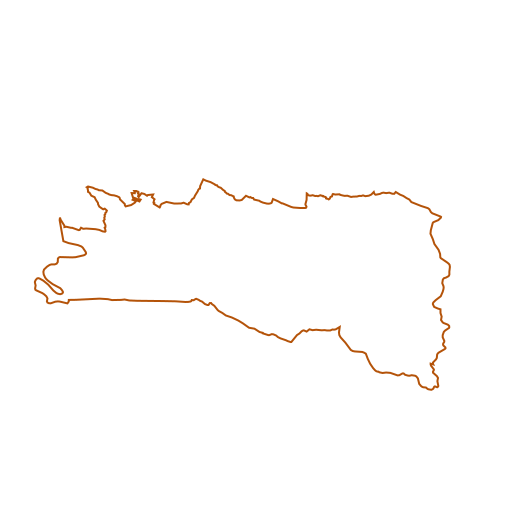 outline of Chaloem Phra Kiat, Saraburi, Thailand, rotated 104°
{"feature_id": "78962969B71448871190318", "entity_name": "Chaloem Phra Kiat", "entity_type": "district", "adm_level": 2, "iso_a3": "THA", "parent_name": "Thailand", "parent_adm1": "Saraburi", "projection": "equal_earth", "projection_center": [100.901, 14.65], "detail": "fine", "context": "isolated", "style": "outline", "palette": "amber", "viewbox_px": 512, "rotation_deg": 104, "n_neighbors": 0, "source": "geoboundaries", "source_scale": "gbopen_adm2", "svg_char_len": 6054}
<svg xmlns="http://www.w3.org/2000/svg" viewBox="0 0 512 512"><g transform="rotate(104 256 256)"><path d="M347.7,435.6L347.6,427.5L345.5,426.7L343.9,427.0L342.1,420.2L335.2,397.4L333.7,389.2L333.6,385.1L331.2,376.2L330.0,373.0L329.8,368.2L328.2,360.4L322.4,336.1L319.4,323.0L317.7,313.4L317.0,310.8L316.0,308.5L315.4,307.9L314.3,307.7L314.0,305.8L312.3,304.2L312.0,303.7L312.4,301.0L313.0,299.5L313.3,297.3L315.0,293.9L315.3,291.3L315.0,290.2L312.9,289.5L312.5,288.2L313.3,287.2L314.4,284.4L317.8,280.0L318.4,278.7L319.4,274.9L321.0,270.9L321.5,264.6L322.9,257.6L324.5,252.5L327.3,245.4L326.9,239.9L328.9,234.1L328.9,230.9L329.4,230.8L329.8,224.8L329.6,224.0L328.0,221.8L327.8,220.2L328.3,217.2L329.4,215.1L330.0,212.3L330.5,206.6L330.9,204.7L331.1,201.5L330.9,200.9L322.8,197.1L320.7,195.1L318.0,193.5L316.8,192.2L316.6,191.5L317.1,188.6L314.2,186.4L314.3,183.2L313.0,179.8L312.2,174.3L311.3,171.5L311.1,169.2L310.3,166.0L308.8,164.0L308.6,162.5L307.9,160.9L304.6,157.6L310.1,157.0L312.6,156.0L314.5,154.2L318.4,148.4L324.2,141.3L324.8,139.2L324.7,137.1L323.4,129.7L323.6,127.9L324.2,125.8L328.7,122.7L332.9,119.2L336.4,115.3L338.1,112.8L338.7,111.4L338.8,110.1L338.6,109.1L339.0,108.2L338.9,104.9L337.6,101.6L336.9,97.4L337.6,89.7L337.0,88.1L334.7,85.7L334.3,85.0L334.3,84.2L335.2,82.6L335.3,79.4L335.0,78.0L334.0,76.1L333.7,72.7L334.0,71.4L335.6,69.3L340.6,66.7L342.3,64.3L342.8,63.0L342.9,61.9L342.5,59.3L343.5,57.3L343.6,56.4L343.4,53.5L342.4,52.3L341.6,51.8L340.2,51.6L339.4,51.2L339.2,50.1L339.5,49.4L339.5,48.4L338.6,47.7L337.9,47.7L333.6,49.7L330.3,49.9L328.8,51.4L326.4,56.0L325.5,56.3L323.4,55.8L322.8,56.2L320.1,59.6L319.0,60.3L318.2,60.5L318.3,57.8L317.8,58.2L316.5,58.5L312.7,56.3L311.2,55.9L307.8,56.4L306.7,56.1L305.6,55.4L300.5,50.2L299.8,49.8L298.9,50.1L297.5,52.5L296.9,53.0L295.6,53.2L294.0,52.6L292.9,52.7L289.7,55.2L287.6,55.7L284.2,55.4L282.6,54.5L279.1,51.3L278.4,51.2L277.1,51.7L276.6,52.5L276.2,53.3L275.6,58.0L275.0,59.1L273.3,61.0L269.9,61.2L266.7,63.2L263.1,64.1L263.0,66.8L262.3,70.8L260.0,72.7L259.1,72.9L258.0,72.6L255.4,71.0L250.4,67.0L245.6,66.2L242.8,66.1L241.1,66.3L239.9,66.8L237.3,68.7L233.6,69.0L232.0,68.2L231.1,66.6L229.3,64.6L228.4,64.0L227.1,63.9L224.5,64.6L219.7,65.2L217.8,66.0L216.9,67.1L216.0,69.0L213.4,76.1L212.8,76.8L209.4,77.9L205.8,80.4L201.2,85.8L197.0,88.4L192.2,92.1L188.7,92.6L181.3,92.5L180.5,92.2L179.7,91.3L177.1,87.8L174.1,85.9L173.3,85.9L173.1,86.3L171.9,95.3L171.0,97.0L168.7,99.1L168.0,100.8L167.5,108.0L166.1,118.3L164.1,120.9L163.4,123.9L162.1,127.6L161.6,131.1L160.1,135.9L162.2,136.9L162.6,138.9L162.3,142.0L163.5,144.9L163.7,147.7L164.4,149.1L165.8,150.8L167.6,154.7L167.4,155.5L166.6,156.5L165.4,157.2L168.5,159.0L170.2,161.1L171.5,164.4L171.3,166.8L172.3,168.4L172.7,170.4L173.8,172.3L174.9,176.1L175.7,178.0L175.4,181.9L176.2,184.5L176.3,186.3L176.3,189.2L175.9,189.8L177.2,194.0L177.2,196.3L177.6,196.6L179.8,196.7L180.6,198.0L182.5,198.3L183.5,199.1L183.1,200.4L183.3,201.5L183.2,202.0L182.2,202.3L181.9,202.8L182.0,204.4L181.5,205.1L181.9,205.8L181.5,206.4L181.7,207.3L181.4,207.9L181.5,208.3L183.0,210.3L183.0,211.7L183.5,213.1L183.3,215.7L184.2,217.5L184.4,218.7L184.4,220.1L183.2,221.2L183.0,221.9L189.3,220.5L193.7,220.6L194.3,220.4L195.8,219.0L196.8,219.0L197.2,219.2L197.5,219.9L198.7,224.5L199.9,231.4L199.9,233.6L198.5,243.0L198.7,243.7L197.6,247.7L196.6,253.3L200.5,253.7L201.1,254.2L201.8,255.4L202.2,256.5L202.5,258.1L202.5,262.2L202.1,265.0L201.6,266.1L201.7,271.5L200.4,272.8L200.7,274.0L200.2,275.8L200.7,276.2L200.7,276.8L200.0,280.3L205.1,283.4L206.1,285.4L206.7,288.5L206.3,289.9L205.8,290.6L204.4,291.8L203.6,292.0L203.0,295.1L203.3,296.4L202.4,298.2L202.5,299.4L201.9,300.2L201.3,301.6L200.5,302.0L199.8,304.0L198.3,306.7L198.2,308.4L197.7,310.1L196.8,310.9L197.0,312.6L196.5,313.2L195.3,317.9L195.0,322.8L194.4,325.7L201.7,327.1L204.0,326.7L204.2,327.2L205.7,328.0L207.3,328.2L212.2,329.8L214.6,330.2L216.6,331.9L219.6,332.6L220.8,333.9L222.2,333.8L222.5,335.1L221.8,339.1L223.2,341.5L224.9,348.2L225.2,356.0L228.3,360.2L230.0,361.0L231.4,360.9L232.2,361.2L230.2,367.6L229.2,367.5L229.0,368.4L226.2,368.4L225.5,368.2L224.1,371.3L221.2,370.7L223.0,375.7L223.9,376.3L222.8,379.4L222.8,382.3L227.2,384.1L226.5,384.9L225.0,384.7L223.8,385.0L223.8,385.6L222.4,385.5L222.0,386.4L222.3,387.0L221.9,387.9L222.4,389.9L223.5,388.9L224.4,388.8L225.0,391.9L228.9,389.6L229.2,386.3L229.7,384.2L229.1,382.8L229.2,381.6L231.3,382.3L230.3,388.9L231.3,389.3L231.8,385.7L233.6,386.5L236.8,389.5L239.4,394.5L238.5,395.5L237.3,395.9L234.0,401.6L232.4,402.5L232.1,403.0L231.6,405.5L231.5,408.4L231.9,411.1L231.8,413.5L231.5,414.1L231.1,417.1L229.6,420.9L230.2,424.5L229.8,425.7L229.8,428.1L229.2,430.8L229.2,435.8L230.1,436.7L230.4,435.6L231.3,435.8L232.9,434.9L234.4,434.5L234.8,432.9L237.3,430.4L238.0,426.8L240.1,425.1L242.7,422.2L243.9,421.8L246.0,420.0L247.6,415.9L247.6,415.4L246.7,414.5L246.7,414.1L248.0,411.7L249.7,411.9L250.6,412.6L252.1,412.4L252.8,412.9L254.4,412.2L255.6,412.5L257.1,411.7L258.8,412.5L262.6,409.5L264.4,409.1L265.2,409.7L266.4,408.8L268.3,408.0L269.0,408.4L269.2,410.8L268.6,414.4L268.8,418.2L270.4,427.3L271.4,430.3L270.9,432.6L273.4,433.4L273.8,434.3L273.1,441.3L273.4,442.4L273.5,447.1L274.3,448.9L273.0,449.2L268.0,454.4L266.1,455.5L268.7,455.2L288.2,446.5L288.8,441.0L288.5,431.4L289.0,427.7L289.8,426.1L293.3,422.2L294.3,421.6L294.9,421.5L296.2,422.3L297.0,423.3L300.8,430.8L301.8,434.0L304.5,446.1L304.9,446.7L306.3,447.6L309.8,446.9L311.7,447.6L312.8,449.2L313.7,452.6L314.6,454.1L316.9,456.2L320.4,458.4L322.8,458.5L325.3,457.5L327.9,455.4L329.0,454.1L330.1,452.2L332.5,446.5L334.6,438.1L336.0,436.1L337.3,434.8L338.2,434.5L339.3,435.0L340.3,436.4L340.5,437.3L340.5,439.4L340.1,441.0L338.5,444.3L334.1,450.6L332.9,453.1L331.4,456.3L330.2,460.6L330.2,462.0L330.7,462.9L332.4,463.9L334.3,464.3L335.0,464.2L337.9,462.7L340.9,462.5L342.1,461.9L342.5,460.9L343.7,454.3L344.4,452.4L345.8,449.7L347.6,448.1L350.6,447.9L351.6,447.1L351.9,445.6L351.6,443.8L348.9,439.7L348.0,437.3L347.7,435.6Z" fill="none" stroke="#b45309" stroke-width="2"/></g></svg>